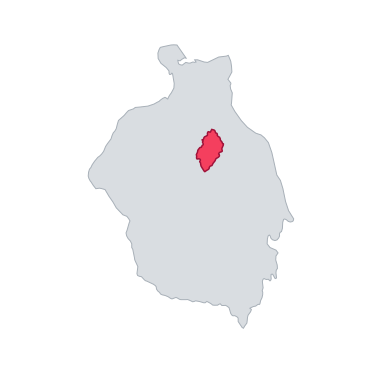 location of Prahova within Romania, rotated 247°
{"feature_id": "ROU-310", "entity_name": "Prahova", "entity_type": "County", "adm_level": 1, "iso_a3": "ROU", "parent_name": "Romania", "parent_adm1": "", "projection": "natural_earth1", "projection_center": [26.063, 45.125], "detail": "fine", "context": "in_parent", "style": "filled", "palette": "rose", "viewbox_px": 384, "rotation_deg": 247, "n_neighbors": 0, "source": "natural_earth", "source_scale": "10m", "svg_char_len": 5319}
<svg xmlns="http://www.w3.org/2000/svg" viewBox="0 0 384 384"><g transform="rotate(247 192 192)"><path d="M291.4,211.8L294.7,215.9L298.8,218.0L308.4,220.3L309.2,220.0L309.3,219.6L308.7,219.0L308.6,218.2L309.0,217.3L310.3,217.3L312.5,218.1L316.6,216.9L322.6,213.7L328.1,213.0L333.2,214.9L335.8,217.2L337.5,219.3L337.1,221.9L336.8,223.5L335.5,230.2L334.6,232.7L333.2,235.6L317.5,238.9L318.5,237.3L318.1,234.5L317.4,232.3L318.8,230.4L315.3,229.7L313.8,230.8L312.6,232.6L313.7,236.9L312.0,239.2L311.4,240.5L311.3,243.7L310.3,245.0L310.1,246.5L312.6,246.1L311.5,248.8L306.9,254.0L305.2,257.0L305.8,269.3L303.7,276.6L303.6,278.8L298.5,278.8L297.0,278.7L292.3,277.5L286.9,275.6L283.8,271.8L281.7,269.1L277.2,270.3L276.3,270.0L275.1,268.7L271.7,267.8L267.5,267.8L258.0,262.9L256.9,262.1L249.5,262.9L238.4,265.3L229.9,268.3L221.2,273.7L217.6,277.8L213.5,279.9L207.6,281.6L197.1,280.9L186.2,278.9L174.5,276.7L168.1,277.9L159.6,277.0L146.7,274.4L137.0,273.6L127.5,275.1L125.9,273.9L125.6,272.6L126.0,270.7L127.4,269.1L129.7,268.0L130.9,266.8L131.0,265.6L128.5,263.6L123.2,261.0L121.1,259.3L120.6,258.9L120.4,257.4L119.4,256.2L117.3,255.4L115.8,253.8L114.7,251.5L114.9,249.4L116.6,247.4L118.6,246.6L121.1,246.8L122.2,246.3L121.8,244.9L119.4,243.1L114.9,240.9L110.4,242.1L105.7,246.6L102.3,247.4L100.3,244.3L96.7,242.5L91.5,241.9L88.3,240.8L87.1,239.0L84.8,237.7L79.8,236.2L79.8,234.8L80.6,234.5L82.4,234.4L84.8,234.1L85.2,233.3L85.2,232.6L83.4,231.7L81.5,231.1L80.5,230.5L79.9,229.8L79.7,229.1L80.3,228.6L81.1,228.6L81.9,228.1L82.3,226.5L83.4,225.1L84.1,224.7L84.1,223.7L83.3,222.7L82.3,221.9L80.8,221.4L76.0,220.0L73.6,218.0L72.2,218.0L69.8,216.9L67.3,215.1L65.2,212.7L62.9,211.1L62.3,210.5L62.2,209.9L62.7,209.2L62.7,208.5L62.1,206.1L62.6,203.6L62.5,201.2L62.5,200.1L62.1,199.8L61.7,200.2L61.1,200.6L60.5,200.7L58.8,199.0L56.7,195.5L55.2,194.3L52.3,192.7L49.9,191.3L48.2,188.4L46.5,186.1L47.7,185.2L54.7,183.9L57.9,185.2L59.4,184.7L60.8,183.6L61.6,182.8L61.8,181.9L62.5,180.8L64.9,180.2L71.1,180.9L73.6,179.4L74.6,178.5L75.2,176.6L75.9,175.1L78.1,174.3L78.1,172.9L77.8,171.4L79.1,168.1L80.0,166.7L81.2,166.2L82.8,165.1L85.5,162.9L84.9,161.0L85.4,159.6L88.2,156.2L90.4,152.8L90.4,151.2L90.7,149.7L92.6,148.1L94.6,146.1L97.3,139.6L98.2,138.5L99.9,137.3L101.2,136.1L101.4,131.8L102.6,130.6L104.8,129.2L107.1,127.0L109.0,124.4L110.4,123.2L112.2,122.9L114.3,121.8L116.5,121.4L118.7,122.0L120.1,121.7L122.2,120.4L127.6,115.6L128.3,114.7L129.4,114.0L133.8,112.4L134.9,110.7L136.4,109.3L138.3,109.4L144.5,113.0L151.2,112.8L152.4,112.9L152.8,113.0L153.7,113.3L162.5,115.1L163.9,114.9L164.3,114.8L167.9,116.3L171.0,116.1L174.1,115.0L177.2,114.7L180.1,115.3L182.3,117.4L187.9,121.9L189.6,123.6L192.2,123.3L195.1,122.5L198.0,119.5L207.0,116.1L213.8,115.3L220.5,113.9L228.2,112.9L230.5,110.1L231.7,108.3L232.6,104.8L236.7,103.7L240.7,103.0L242.1,102.6L244.9,102.4L247.2,102.7L250.6,104.5L253.1,106.6L254.0,108.4L256.1,110.8L258.3,114.2L260.7,118.8L261.2,121.1L262.2,123.6L264.0,126.6L267.4,130.0L267.9,130.6L269.5,133.0L272.5,138.2L275.0,140.3L277.2,142.6L278.3,144.9L279.9,147.0L283.6,149.8L286.6,152.3L289.0,159.5L290.7,162.8L291.8,165.4L291.4,170.6L292.0,172.8L290.7,176.8L288.3,185.0L287.8,191.4L288.2,194.9L288.3,197.2L288.9,198.6L289.6,201.6L289.7,204.1L288.8,204.9L287.6,205.5L287.1,206.0L288.3,207.2L289.9,209.3L291.4,211.8Z" fill="#d9dde1" stroke="#a8b0b8" stroke-width="1"/><path d="M229.8,238.8L229.0,238.5L228.3,238.5L226.4,239.1L224.6,239.1L224.3,239.5L224.1,239.7L223.8,239.6L223.2,239.3L222.8,239.0L220.6,236.7L220.1,236.4L219.6,236.2L218.2,236.0L217.8,235.8L217.6,235.4L217.5,234.7L217.6,234.1L217.7,233.6L217.6,233.0L217.5,232.5L217.1,231.9L216.8,231.5L216.5,231.4L216.3,231.5L216.0,231.6L215.7,231.7L215.3,231.6L214.9,231.5L214.6,231.4L214.3,231.1L214.1,230.7L213.8,230.2L213.6,229.2L213.4,227.6L213.3,227.1L213.0,226.7L211.7,225.4L210.1,222.5L209.7,222.0L209.4,221.7L209.1,221.4L208.6,220.7L208.6,220.1L208.7,219.4L208.7,219.1L208.6,218.7L208.4,218.2L208.0,217.7L207.7,217.4L207.4,217.2L207.1,217.0L206.8,216.8L206.6,216.4L206.4,215.9L206.2,214.2L205.7,211.8L206.2,211.5L206.6,211.3L211.8,210.5L212.5,210.5L213.8,210.7L215.1,211.1L215.6,211.2L216.4,211.0L216.8,210.9L217.2,211.1L217.4,211.4L217.8,212.0L218.1,212.2L218.5,212.3L219.0,212.2L219.6,211.7L219.9,211.2L220.1,210.7L220.1,210.3L220.3,209.9L220.5,209.5L220.9,209.4L221.6,209.5L223.2,210.3L224.7,210.6L226.5,212.6L227.8,213.4L228.2,213.8L228.6,214.3L229.7,216.4L229.8,217.0L229.8,217.3L229.6,217.6L229.5,217.9L229.7,218.4L230.6,219.2L230.9,219.6L231.0,220.0L231.0,220.3L231.1,220.6L231.3,220.9L231.8,221.1L232.2,221.2L233.6,221.1L233.9,221.2L234.2,221.4L234.4,221.9L234.7,222.2L234.9,222.2L235.2,222.1L235.7,221.7L235.9,221.6L236.1,221.7L236.1,222.0L236.0,222.3L236.0,222.7L236.1,223.1L236.5,223.6L237.2,224.1L237.5,224.4L237.7,224.8L237.9,225.4L237.9,226.0L238.0,227.5L238.1,228.1L238.4,228.5L238.9,228.7L239.7,229.0L240.0,229.1L240.7,229.7L240.9,230.0L241.1,230.3L241.0,230.9L240.8,231.2L240.2,231.7L240.0,232.0L240.0,232.3L240.2,232.7L241.3,233.8L241.9,234.7L241.1,235.6L240.7,236.2L240.5,236.4L240.2,236.7L239.8,236.9L239.3,237.0L237.7,236.9L237.2,236.9L236.8,237.3L236.6,237.5L236.3,237.8L235.9,237.9L235.2,237.9L234.5,237.5L234.2,237.4L233.7,237.5L232.7,237.9L231.6,238.8L230.3,238.8L229.8,238.8Z" fill="#f43f5e" stroke="#9f1239" stroke-width="1.5"/></g></svg>